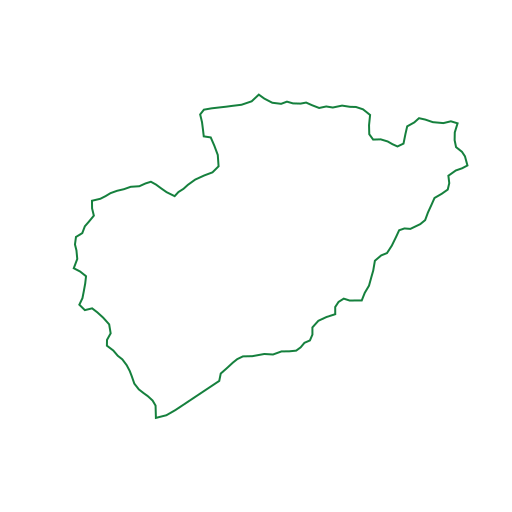 the district of Camboriú, Santa Catarina, Brazil, rotated 196°
{"feature_id": "56859067B78577950079276", "entity_name": "Camboriú", "entity_type": "district", "adm_level": 2, "iso_a3": "BRA", "parent_name": "Brazil", "parent_adm1": "Santa Catarina", "projection": "mercator", "projection_center": [-48.711, -27.063], "detail": "fine", "context": "isolated", "style": "outline", "palette": "green", "viewbox_px": 512, "rotation_deg": 196, "n_neighbors": 0, "source": "geoboundaries", "source_scale": "gbopen_adm2", "svg_char_len": 2111}
<svg xmlns="http://www.w3.org/2000/svg" viewBox="0 0 512 512"><g transform="rotate(196 256 256)"><path d="M307.6,72.8L298.3,78.2L291.0,85.7L256.9,125.8L257.5,133.3L253.5,139.5L248.8,147.2L245.6,151.7L240.9,155.9L231.9,158.7L221.0,164.1L212.5,166.0L205.2,171.3L197.6,173.6L191.3,176.1L187.9,180.5L185.5,185.9L180.9,189.7L180.1,196.0L182.1,202.9L178.2,210.9L171.4,216.8L163.8,221.9L165.8,228.8L164.0,234.6L159.9,239.2L153.6,239.0L147.7,240.8L142.1,242.4L141.3,250.6L139.2,258.6L139.3,268.3L139.3,274.3L140.4,284.2L135.8,291.1L130.9,294.9L128.3,303.4L126.6,313.0L125.5,320.2L120.9,323.4L115.1,324.6L106.9,331.9L103.3,337.1L102.7,345.2L101.5,353.1L100.4,361.0L94.6,367.0L90.0,372.7L90.3,379.3L93.2,386.2L87.5,393.3L82.1,397.1L77.7,401.3L82.6,409.4L86.7,412.9L93.7,415.8L97.0,422.1L99.0,429.6L98.8,439.1L105.8,439.2L112.5,435.4L122.9,433.4L130.9,433.8L137.3,433.4L140.7,428.0L146.4,422.3L146.0,414.7L145.2,404.7L150.2,400.3L155.7,401.1L161.0,402.4L168.3,402.5L175.5,400.2L180.7,404.3L183.4,412.9L185.2,423.0L193.6,426.5L201.0,426.8L206.8,425.3L214.7,424.3L223.1,419.9L229.7,419.1L236.1,415.7L243.8,416.4L250.1,417.3L255.1,414.8L262.5,412.9L268.8,412.9L273.8,409.2L282.6,407.8L291.4,409.6L297.8,411.9L302.8,403.5L311.6,397.4L320.6,393.6L325.6,391.4L332.4,388.6L339.4,385.7L346.4,382.3L348.7,376.7L344.8,369.8L341.4,361.9L339.2,356.6L332.2,357.5L326.5,350.6L320.6,342.6L316.7,331.9L320.9,324.4L327.9,319.2L335.5,312.7L341.1,305.6L344.2,300.6L348.2,296.1L350.7,291.1L359.5,292.7L365.9,294.9L371.8,297.1L377.5,298.4L382.2,295.3L387.4,290.9L395.5,288.0L401.4,283.8L407.5,280.4L413.2,276.3L417.1,272.1L421.4,268.1L428.9,263.9L426.7,256.6L423.0,250.1L426.2,242.7L428.7,237.4L429.3,230.1L434.3,224.7L433.2,217.2L430.1,211.8L427.0,203.9L427.8,194.0L420.8,192.6L413.8,189.7L412.6,182.5L411.8,174.5L411.2,167.6L412.4,160.5L405.6,156.8L399.1,160.5L393.0,158.1L385.9,154.6L378.3,149.8L374.4,141.6L376.1,134.3L374.6,128.7L367.1,125.8L361.4,122.0L356.0,119.8L350.2,115.4L345.7,110.7L342.3,106.2L337.8,99.8L331.9,95.5L326.5,93.3L321.2,91.4L315.5,88.5L311.3,84.5L307.6,72.8Z" fill="none" stroke="#15803d" stroke-width="2"/></g></svg>